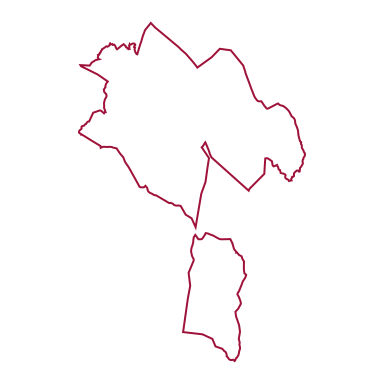 outline of Almoloya de Alquisiras, México, Mexico
{"feature_id": "50627088B93704766177629", "entity_name": "Almoloya de Alquisiras", "entity_type": "district", "adm_level": 2, "iso_a3": "MEX", "parent_name": "Mexico", "parent_adm1": "México", "projection": "natural_earth1", "projection_center": [-99.868, 18.807], "detail": "fine", "context": "isolated", "style": "outline", "palette": "rose", "viewbox_px": 384, "rotation_deg": 0, "n_neighbors": 0, "source": "geoboundaries", "source_scale": "gbopen_adm2", "svg_char_len": 5885}
<svg xmlns="http://www.w3.org/2000/svg" viewBox="0 0 384 384"><path d="M291.6,180.4L291.2,179.4L291.3,178.7L291.5,178.4L291.7,178.2L292.0,177.7L292.0,177.0L292.1,176.8L292.5,176.7L293.0,176.8L293.6,176.5L293.9,176.2L294.0,175.7L294.0,174.8L293.9,174.5L293.9,173.8L294.0,173.3L294.4,172.8L295.7,171.5L296.2,171.1L296.7,170.6L297.5,170.6L298.0,170.5L298.3,170.7L298.5,171.1L298.8,171.5L299.2,171.7L299.5,171.6L299.7,171.4L300.0,168.1L300.2,167.7L301.2,166.6L302.2,164.8L302.8,163.8L302.8,162.8L302.7,162.1L302.5,161.6L302.7,160.7L302.7,160.1L302.9,159.6L303.3,159.1L303.3,158.5L303.5,157.9L304.3,156.6L305.0,155.3L304.9,154.9L304.8,154.5L304.9,153.8L304.8,153.5L304.9,153.3L304.6,152.9L304.2,152.4L303.9,152.0L303.6,151.2L303.5,150.5L302.0,148.1L301.8,147.2L301.8,145.6L301.7,145.0L301.5,144.6L301.0,144.0L300.9,143.7L301.2,142.5L301.0,141.9L300.6,141.8L300.2,141.5L300.1,141.1L299.7,140.2L298.8,136.6L298.5,135.7L298.2,132.6L298.0,130.7L297.8,129.8L296.7,126.6L296.0,125.1L295.6,124.3L295.3,123.4L295.1,121.2L294.9,120.2L294.6,119.4L294.0,118.3L292.5,116.9L291.6,116.3L291.0,114.9L290.8,114.7L290.6,114.4L290.3,113.5L288.8,111.0L287.2,109.2L286.3,108.4L285.5,107.6L284.5,107.0L283.6,106.2L281.9,105.6L280.5,105.3L279.9,105.1L279.0,104.4L278.0,103.5L277.0,103.9L268.2,108.5L267.1,108.7L266.5,108.4L266.1,107.8L264.5,106.0L261.4,101.3L259.1,101.3L258.0,101.1L256.9,100.2L254.9,97.4L254.2,96.0L250.8,87.4L250.3,85.8L245.6,73.3L245.2,71.5L243.8,67.3L243.2,65.5L230.8,50.3L219.8,48.8L211.7,57.2L197.3,67.6L196.3,66.1L192.1,60.9L185.9,53.8L180.3,48.9L180.0,48.4L177.9,46.5L156.1,28.3L155.4,27.8L150.8,23.0L145.3,29.8L144.8,30.7L143.6,34.1L143.1,35.1L141.1,42.0L140.5,43.5L140.1,45.0L139.9,45.3L139.3,47.4L138.3,50.7L137.3,54.3L136.6,54.1L136.4,53.3L135.7,52.9L135.0,51.2L134.6,49.5L134.9,47.8L135.0,47.6L134.7,47.4L134.3,47.3L134.2,47.3L134.0,47.1L134.0,46.9L134.3,46.6L134.6,45.6L134.8,45.5L135.2,45.3L135.3,45.0L135.2,44.7L134.9,44.1L134.0,43.5L132.8,43.6L132.2,43.7L131.1,44.4L129.9,44.9L129.6,44.3L129.1,45.5L129.3,46.6L129.5,46.9L129.1,47.7L129.5,48.8L129.3,48.8L128.8,49.2L127.5,48.6L127.4,48.2L126.9,47.5L126.1,47.3L125.8,46.6L125.7,46.1L125.1,45.7L124.8,45.3L123.6,44.2L122.1,45.2L117.7,48.8L117.0,49.3L116.6,48.9L115.7,47.2L115.6,46.6L114.8,45.3L114.2,44.6L112.8,44.9L112.2,44.0L110.7,44.5L110.1,43.5L109.6,44.3L109.6,44.8L109.4,45.3L109.2,45.5L108.6,46.2L108.1,46.3L107.5,46.7L106.4,46.3L106.0,46.5L105.1,47.3L104.2,47.8L103.5,48.4L102.8,48.9L102.3,49.0L102.0,49.3L101.9,49.9L101.8,50.1L101.2,50.7L100.8,51.3L100.8,52.0L100.1,53.0L99.7,53.0L99.5,53.3L99.7,53.8L99.6,54.0L99.4,54.1L99.2,54.5L98.5,54.8L98.5,55.1L98.0,55.1L98.1,55.6L98.1,56.1L97.8,57.7L98.4,58.8L99.2,59.2L95.6,60.1L91.6,62.7L89.7,65.6L80.4,65.1L81.0,66.2L97.7,74.5L107.8,81.5L106.3,83.4L105.5,85.4L105.4,87.4L105.0,87.7L104.5,88.7L103.8,89.4L104.2,91.9L104.9,92.6L105.5,93.4L105.7,93.8L106.2,94.0L106.6,95.9L106.4,96.7L104.8,99.6L104.0,103.2L104.2,106.3L104.0,107.2L104.0,107.6L105.6,112.2L104.6,112.3L104.0,113.3L101.2,110.8L99.9,110.4L93.2,112.7L89.2,121.4L88.8,121.3L87.5,121.9L87.0,122.4L86.6,123.1L86.3,123.4L86.0,124.0L85.5,124.2L85.0,124.4L84.3,125.4L83.7,125.8L82.5,126.0L82.0,126.2L81.7,126.5L81.5,126.9L81.5,127.4L81.7,127.9L81.6,128.4L81.4,128.7L81.1,129.2L80.9,129.4L80.5,129.6L80.1,130.0L79.5,130.5L79.3,130.9L79.0,131.8L79.0,132.3L79.2,132.9L81.4,134.3L81.4,134.5L81.6,134.4L91.4,140.5L100.5,146.0L100.7,147.8L102.7,146.9L104.1,146.8L105.9,146.9L107.4,147.0L109.7,146.8L111.6,147.0L113.5,147.7L116.6,148.4L119.0,152.0L120.1,153.6L123.3,157.3L125.0,161.8L128.9,167.6L135.9,180.1L139.6,186.9L140.9,187.3L143.9,187.3L145.5,185.8L147.3,188.1L147.7,190.3L148.4,191.6L150.0,192.9L151.9,193.7L154.4,195.2L156.0,195.3L169.2,203.1L170.2,202.8L172.5,203.5L174.3,205.1L176.1,205.6L179.0,205.5L180.7,206.0L185.7,214.7L191.6,218.3L195.6,227.2L201.3,193.7L205.5,182.0L207.5,167.5L209.0,158.1L201.7,147.3L202.4,146.8L203.3,145.6L205.1,142.5L205.3,142.3L206.6,145.2L208.8,150.5L209.6,153.0L209.8,154.0L210.2,154.7L211.1,156.7L211.7,157.6L248.7,190.7L249.5,188.8L264.3,173.9L265.2,159.1L265.3,158.4L267.1,158.2L268.5,158.8L271.9,161.2L272.7,165.5L273.8,166.4L277.0,165.0L277.3,166.0L277.9,166.6L278.1,167.1L278.7,169.5L279.9,169.9L280.1,170.8L280.3,171.2L280.6,172.9L281.0,173.1L283.7,173.7L285.3,174.6L285.6,175.3L285.2,176.4L285.2,177.1L285.5,178.0L286.2,178.7L288.5,179.9L288.9,181.0L291.6,180.4ZM221.1,239.3L219.2,238.9L215.5,236.9L213.5,235.7L209.7,234.3L208.0,233.5L205.7,233.1L204.8,234.9L204.2,235.9L203.0,237.7L201.8,239.1L200.1,239.3L198.4,239.2L195.3,234.9L193.8,237.2L193.3,240.1L193.3,241.2L193.2,242.1L192.6,244.8L191.7,247.3L191.4,248.6L191.1,250.9L191.1,251.6L191.9,255.2L192.4,256.8L192.8,257.6L193.6,258.9L193.7,259.7L193.6,260.8L193.3,261.5L188.6,272.8L190.2,285.8L187.8,298.8L183.1,332.1L202.4,334.3L212.4,338.9L215.5,346.4L222.3,348.8L224.1,350.9L225.5,351.9L226.4,353.6L226.5,354.3L226.7,354.9L226.8,355.7L226.7,356.4L227.6,357.2L228.2,357.9L228.7,358.8L229.3,359.4L230.3,359.9L230.8,360.1L232.0,359.9L233.5,359.8L233.8,360.1L234.2,360.5L234.5,361.0L234.9,360.8L235.2,360.3L235.6,359.2L236.4,357.9L237.2,357.2L238.6,354.6L238.8,353.5L239.0,352.2L239.2,351.1L239.5,350.5L239.7,349.7L240.1,348.5L239.8,346.1L239.4,344.9L239.7,342.5L239.1,340.1L238.8,339.5L239.0,337.6L240.0,331.8L239.1,325.2L236.1,316.5L235.4,311.8L238.1,308.9L240.9,303.8L240.6,301.6L238.9,297.0L237.4,294.4L237.9,292.7L238.9,291.4L240.3,288.0L240.8,286.7L241.9,284.0L242.8,281.4L245.3,277.6L246.2,274.9L244.4,273.2L243.9,269.9L243.9,264.6L244.0,261.4L242.7,259.4L242.4,258.8L242.2,258.4L242.0,257.4L241.5,256.2L239.6,255.3L239.4,255.1L238.9,254.9L238.7,254.6L238.4,254.1L237.0,252.6L236.8,252.5L236.4,252.7L236.2,252.7L236.4,252.2L236.5,252.0L234.6,249.9L234.4,249.4L234.2,249.2L234.1,248.9L233.8,248.3L233.0,245.3L232.8,244.9L232.5,243.8L232.6,243.6L230.3,239.1L221.1,239.3Z" fill="none" stroke="#9f1239" stroke-width="2"/></svg>